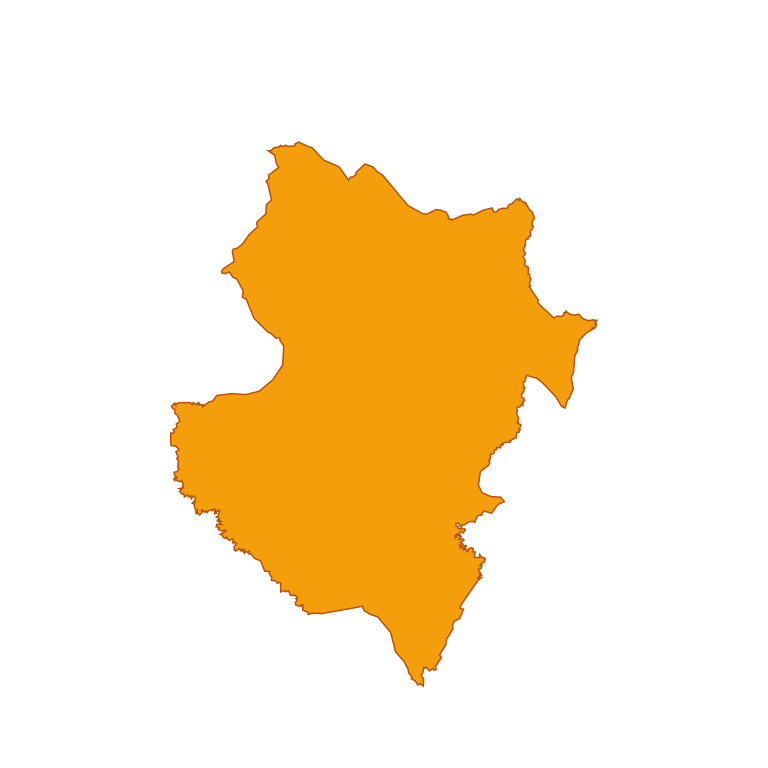 the district of Phu Khiao, Chaiyaphum, Thailand, rotated 228°
{"feature_id": "78962969B29534138617955", "entity_name": "Phu Khiao", "entity_type": "district", "adm_level": 2, "iso_a3": "THA", "parent_name": "Thailand", "parent_adm1": "Chaiyaphum", "projection": "albers", "projection_center": [102.134, 16.339], "detail": "fine", "context": "isolated", "style": "filled", "palette": "amber", "viewbox_px": 768, "rotation_deg": 228, "n_neighbors": 0, "source": "geoboundaries", "source_scale": "gbopen_adm2", "svg_char_len": 6159}
<svg xmlns="http://www.w3.org/2000/svg" viewBox="0 0 768 768"><g transform="rotate(228 384 384)"><path d="M507.6,218.8L507.8,216.8L509.4,215.9L507.6,215.0L509.8,214.8L509.7,211.1L506.8,210.6L505.4,211.6L501.7,208.8L499.7,209.8L492.7,207.2L493.3,202.9L490.3,201.0L491.0,196.6L488.6,196.0L488.4,194.4L490.3,192.7L480.9,184.5L476.9,187.7L472.3,187.6L473.0,184.1L467.6,182.1L467.4,180.0L464.8,180.0L460.0,174.8L457.7,174.5L457.6,171.2L458.9,168.8L455.9,167.2L451.9,167.5L454.2,166.0L454.1,164.2L452.3,163.8L452.5,164.8L447.9,167.1L447.4,169.0L446.1,168.0L444.5,168.5L443.1,166.1L441.0,165.6L443.3,161.8L441.1,162.7L440.9,160.2L437.3,160.3L436.5,161.8L433.7,160.1L432.8,163.9L430.7,163.3L430.3,165.6L427.6,163.9L428.3,167.6L425.7,167.9L423.8,165.1L421.8,164.4L423.8,164.1L423.8,161.7L422.2,162.5L416.9,159.8L415.4,161.2L413.9,160.0L415.3,158.7L413.2,157.6L412.8,159.0L410.0,159.4L410.5,163.5L412.3,163.8L412.3,164.8L408.4,165.1L408.6,166.7L406.7,166.5L407.4,168.5L406.2,171.3L404.7,171.8L405.5,173.5L403.5,173.9L400.8,171.3L400.2,172.8L402.4,174.6L401.1,174.4L400.3,177.4L396.9,172.3L397.5,169.7L396.0,171.8L393.1,170.7L394.4,169.2L393.4,168.2L390.9,170.8L390.9,169.0L388.2,169.3L391.6,166.2L390.3,163.8L387.4,165.4L387.2,163.7L384.7,164.3L382.7,165.7L382.5,167.9L380.4,168.4L381.9,161.6L379.6,162.9L377.9,161.9L375.5,162.7L375.7,164.6L373.4,163.7L370.9,164.9L370.8,167.5L369.0,167.9L368.1,165.7L366.2,165.4L366.5,167.4L364.1,167.7L363.5,164.0L361.1,161.8L359.1,162.0L358.4,166.4L356.1,165.9L356.3,167.7L354.5,169.2L353.7,168.5L354.9,167.1L351.4,167.2L352.1,169.2L350.0,170.0L350.1,171.9L347.7,169.9L346.9,171.6L340.9,171.1L335.1,173.9L324.8,170.1L321.0,173.5L319.8,171.8L315.3,171.1L313.4,168.9L310.4,171.7L307.1,171.3L306.7,173.4L305.3,174.0L298.6,168.0L297.6,171.4L295.7,171.7L294.3,174.6L289.3,173.1L286.4,176.7L283.1,176.4L283.4,174.8L281.6,175.2L280.9,171.8L278.6,170.5L274.4,173.5L275.2,175.0L274.2,176.0L270.2,172.2L265.1,174.8L263.6,173.5L261.2,177.9L254.8,184.4L233.2,219.2L228.8,217.6L221.8,219.7L215.3,223.5L194.9,222.7L177.1,213.3L164.8,213.3L156.0,211.1L153.3,209.2L147.1,208.4L146.8,207.1L142.2,208.5L137.8,207.7L137.2,210.3L133.2,211.1L138.3,216.1L143.0,216.8L143.1,219.0L146.7,224.0L145.4,224.2L145.5,225.8L140.4,225.8L139.8,230.0L137.7,229.8L137.0,231.7L139.6,233.2L142.5,243.9L145.5,243.8L148.9,255.6L152.2,259.1L155.9,271.3L158.8,273.3L160.6,277.2L159.2,283.7L163.4,292.4L166.7,290.2L168.5,294.3L175.1,322.2L174.9,326.5L176.9,323.7L177.6,325.7L176.6,327.2L178.6,327.8L176.9,328.6L183.0,330.0L181.9,332.4L183.6,335.3L184.6,335.3L184.7,333.9L185.3,334.4L184.7,339.4L185.6,341.6L187.3,342.4L189.7,340.6L193.3,341.0L191.2,338.8L194.7,335.2L198.1,339.4L199.8,337.7L201.3,339.9L202.7,340.0L204.4,338.6L204.9,335.8L203.6,334.9L203.8,333.5L207.1,334.4L207.3,332.1L208.5,332.2L208.3,336.6L209.4,336.8L211.0,331.0L214.0,332.3L211.6,333.7L212.0,335.6L215.1,334.7L214.3,338.8L215.8,339.1L218.6,335.8L218.8,339.3L219.6,339.4L222.4,337.3L222.0,333.9L223.8,335.8L223.7,338.6L220.9,339.4L223.3,340.9L222.6,342.9L220.4,343.0L221.2,346.8L222.5,346.9L223.8,345.2L226.0,345.9L225.2,343.7L227.2,342.5L228.6,343.8L230.4,342.6L232.2,343.9L231.0,346.3L227.6,345.9L225.4,349.8L225.0,354.6L222.0,358.5L220.5,358.7L223.5,365.5L221.1,369.3L222.6,370.4L222.5,373.4L216.1,377.4L218.2,388.0L216.1,394.8L221.7,395.1L228.6,388.3L237.6,384.1L245.7,386.5L254.5,397.1L253.6,407.4L255.0,410.4L257.1,410.6L257.2,413.1L260.6,415.8L258.9,418.9L261.0,422.5L259.8,423.8L261.5,425.4L258.6,427.9L260.6,429.6L259.7,430.4L260.4,431.8L259.4,431.5L260.1,434.1L256.9,438.3L257.6,439.0L256.5,439.1L257.1,441.5L255.7,446.3L259.2,450.1L257.8,452.3L259.4,453.2L258.9,454.7L260.2,454.7L261.9,458.5L265.8,456.9L265.9,458.7L267.1,458.5L268.4,461.1L273.5,462.7L274.7,465.3L276.0,465.3L277.7,467.7L276.0,469.5L276.7,472.0L275.4,472.6L276.7,473.0L276.1,474.3L278.0,474.7L277.5,476.9L279.2,478.2L282.2,477.5L284.6,479.8L284.7,482.7L287.1,485.0L286.8,486.3L288.8,486.2L292.0,488.6L291.6,490.7L295.0,495.7L286.3,501.3L279.0,502.6L259.5,503.1L248.4,501.0L245.0,502.5L249.4,509.7L249.4,511.9L253.7,521.4L263.5,527.4L265.7,532.4L277.1,544.5L279.7,551.0L281.0,551.2L285.9,559.2L286.6,567.8L285.2,575.3L286.4,576.6L284.7,576.7L284.6,579.1L286.1,581.6L287.5,581.1L287.1,582.2L288.7,582.9L288.9,584.8L290.0,583.7L289.5,582.7L291.6,582.7L294.3,578.2L299.6,575.4L305.3,575.6L308.2,571.2L311.7,568.7L316.4,567.9L315.3,566.4L316.6,565.5L315.0,563.7L315.7,560.8L318.7,557.9L319.6,554.4L341.4,552.5L343.0,554.7L359.3,557.1L358.8,558.4L361.3,559.3L364.1,563.7L365.5,563.4L367.9,565.7L369.3,564.7L374.2,569.4L378.5,568.0L381.1,571.6L385.5,572.4L386.2,576.5L390.8,577.4L392.3,581.5L396.4,585.7L395.3,588.6L396.4,588.6L396.7,590.8L395.7,591.9L399.7,594.7L399.9,598.2L401.5,600.5L402.9,600.4L405.5,602.8L406.5,606.8L412.6,609.2L416.5,608.7L423.3,610.4L424.1,609.2L424.8,610.2L427.3,608.7L430.9,609.1L430.2,607.0L432.1,607.3L432.7,605.9L432.3,599.4L433.6,597.3L432.3,592.6L434.6,590.6L437.3,585.4L436.3,583.9L438.0,580.6L442.5,582.1L446.8,574.0L449.8,563.3L452.3,562.0L456.6,555.6L460.6,544.0L462.0,544.1L463.1,542.2L465.3,543.9L470.2,545.0L475.3,542.4L478.7,539.5L481.7,529.4L484.7,526.6L500.8,521.2L540.3,522.7L546.2,521.0L552.8,521.1L560.2,517.1L560.0,505.0L558.3,502.9L559.0,498.4L560.1,497.9L559.3,494.0L573.4,495.8L576.7,495.4L590.7,489.0L608.5,488.7L609.6,487.3L621.0,482.4L621.9,478.5L620.6,476.9L625.1,471.5L627.1,470.9L628.2,467.7L630.6,466.8L630.3,465.0L633.2,460.3L633.1,455.8L634.8,454.0L627.1,455.9L619.8,451.5L615.3,450.7L616.5,438.0L613.5,435.7L613.7,432.0L609.9,431.4L596.0,423.5L596.0,416.7L589.5,410.0L589.5,398.2L588.2,396.4L585.5,395.6L585.3,383.8L582.7,372.3L583.1,365.8L585.1,362.1L583.9,359.9L575.2,354.6L577.2,341.9L576.4,338.6L574.9,337.9L572.6,339.4L570.8,344.1L564.8,343.2L560.3,344.8L547.4,341.7L543.2,336.8L539.1,338.4L520.1,331.4L500.7,332.4L496.6,334.0L490.2,334.4L488.8,336.9L487.5,337.1L485.8,335.7L479.3,334.9L465.8,321.3L461.5,303.9L462.2,286.3L468.6,274.1L478.4,264.8L487.4,252.0L486.0,245.2L487.8,242.0L488.5,234.2L489.5,235.7L493.0,232.0L493.1,233.7L494.3,233.8L494.9,230.1L497.9,229.9L496.9,227.4L499.9,227.5L507.6,218.8Z" fill="#f59e0b" stroke="#b45309" stroke-width="1.5"/></g></svg>